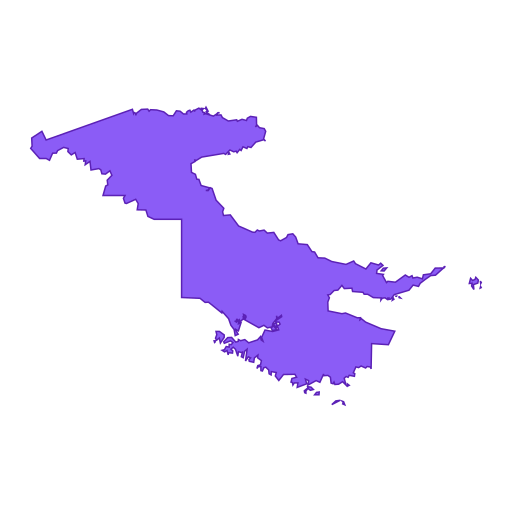 Alotau District, Milne Bay, Papua New Guinea
{"feature_id": "67681753B64121020462611", "entity_name": "Alotau District", "entity_type": "district", "adm_level": 2, "iso_a3": "PNG", "parent_name": "Papua New Guinea", "parent_adm1": "Milne Bay", "projection": "natural_earth1", "projection_center": [150.058, -10.179], "detail": "fine", "context": "isolated", "style": "filled", "palette": "violet", "viewbox_px": 512, "rotation_deg": 0, "n_neighbors": 0, "source": "geoboundaries", "source_scale": "gbopen_adm2", "svg_char_len": 6128}
<svg xmlns="http://www.w3.org/2000/svg" viewBox="0 0 512 512"><path d="M181.6,297.5L200.0,298.3L205.1,302.4L208.5,302.2L221.8,312.9L222.1,311.3L228.6,318.7L230.9,325.3L234.1,329.5L235.2,335.6L238.2,334.2L234.8,328.8L238.4,330.9L241.0,322.7L238.4,323.8L238.9,320.6L237.9,321.2L237.1,319.9L236.5,322.1L234.6,320.9L236.5,321.6L236.6,319.6L237.4,319.5L238.0,320.7L239.3,319.7L239.7,321.8L243.2,319.1L243.3,317.0L245.3,318.1L245.8,316.4L243.7,315.6L243.5,314.4L245.6,315.5L246.1,317.0L245.4,318.5L243.4,317.4L243.9,319.3L258.9,327.7L263.9,325.3L267.4,327.9L272.2,326.9L272.8,323.5L276.8,318.5L276.5,315.8L277.5,318.2L281.4,315.3L281.7,316.7L275.8,320.6L275.8,321.9L279.2,322.2L280.1,324.1L276.0,327.4L278.0,327.6L278.7,329.9L272.6,331.5L265.0,330.0L261.6,337.4L263.0,341.2L261.2,340.0L260.5,336.6L257.5,339.9L248.7,342.8L244.8,339.6L240.6,340.7L238.4,339.5L238.2,341.4L235.8,342.1L231.6,337.4L227.7,337.6L223.7,341.8L224.3,343.3L230.5,340.9L232.9,342.6L231.3,344.6L229.2,344.3L229.1,347.1L226.2,346.5L224.4,349.7L222.1,350.3L224.6,351.9L227.0,350.5L228.2,354.9L228.5,352.7L232.5,353.1L232.8,350.9L230.9,349.2L233.2,347.2L235.5,349.3L237.8,356.2L238.4,351.7L242.0,352.7L242.7,351.4L241.3,356.7L243.2,357.7L244.6,351.3L247.1,349.2L245.5,361.0L248.3,356.8L250.6,357.9L248.9,359.7L249.3,361.3L253.7,362.3L254.4,357.9L257.9,355.1L257.6,357.8L261.4,360.6L260.5,364.8L257.8,365.6L256.9,368.5L258.3,366.7L260.9,366.6L260.9,370.6L262.4,371.0L263.9,367.6L265.8,367.2L268.7,370.0L269.1,373.8L271.1,374.9L271.3,371.6L276.3,372.5L275.3,376.0L278.8,380.5L283.5,374.5L294.9,374.3L296.6,377.2L291.9,378.5L291.0,382.1L292.4,382.5L292.9,385.0L294.3,382.9L297.9,382.9L297.2,387.4L306.7,383.8L305.4,379.1L308.6,380.6L307.9,385.1L316.1,380.6L319.9,382.3L323.6,374.0L323.7,375.7L327.9,375.4L330.4,377.2L331.1,383.1L333.1,383.8L334.0,382.1L334.9,384.5L338.6,384.2L342.6,381.7L346.0,385.1L344.2,378.2L346.1,376.5L348.1,377.3L349.2,375.3L354.4,376.3L354.8,373.7L353.3,372.8L355.9,366.9L358.6,367.6L361.1,366.0L365.6,368.0L367.1,366.5L370.4,367.0L371.1,368.9L371.6,343.6L388.4,344.7L394.8,331.2L381.1,328.7L365.6,322.1L361.5,318.8L360.0,319.8L360.5,317.7L357.3,317.8L345.5,313.0L341.9,313.7L328.1,310.9L327.8,302.0L329.4,297.8L327.8,294.9L330.2,294.5L334.1,290.5L337.9,290.1L341.9,285.4L344.3,288.6L351.9,288.2L352.6,291.5L363.0,292.3L364.1,294.2L367.8,294.3L373.3,297.6L381.1,297.9L380.9,300.1L382.3,298.2L385.0,297.8L387.1,299.3L387.8,298.0L389.0,298.1L388.4,299.5L390.8,299.1L394.3,294.6L409.0,290.2L413.1,285.1L418.5,286.4L420.2,283.3L425.4,279.3L430.7,275.6L435.5,275.2L443.5,268.0L435.2,268.1L430.7,273.8L423.4,274.8L422.4,278.8L417.2,277.2L412.9,278.0L412.0,275.7L409.0,277.3L405.3,275.0L395.4,282.2L387.8,281.3L386.5,282.6L382.6,275.5L383.4,274.4L376.6,273.4L377.0,270.0L383.0,265.4L380.7,263.2L378.6,265.0L370.9,262.8L365.9,269.0L355.5,263.7L353.7,261.0L346.0,264.4L331.7,261.5L324.8,258.1L318.0,257.8L314.6,252.0L311.9,251.6L307.3,244.6L298.1,243.8L295.7,237.1L292.8,233.8L288.0,234.6L286.5,237.5L280.6,240.8L278.6,239.9L273.8,232.4L267.3,233.1L264.1,230.1L259.3,231.0L257.3,230.0L255.0,232.3L252.7,232.2L238.6,226.0L230.3,214.9L223.5,215.5L222.6,211.8L223.8,208.3L216.1,200.2L212.1,188.5L210.2,187.7L208.2,190.6L205.8,190.5L208.2,190.0L209.5,187.8L201.1,185.5L198.9,179.4L196.8,179.2L195.4,174.3L191.5,172.4L191.0,163.7L195.0,161.5L194.6,159.3L195.5,160.9L201.7,157.1L223.8,153.4L225.6,154.4L229.9,150.0L233.7,151.8L236.2,151.2L237.1,152.7L239.8,149.4L241.1,150.5L243.0,146.8L246.9,148.5L247.9,146.6L251.0,147.5L255.8,142.1L263.8,139.7L265.5,141.1L263.6,138.9L265.7,131.3L264.2,128.6L259.5,127.7L257.4,125.3L255.4,126.9L256.6,125.2L256.4,117.3L250.5,116.4L247.3,118.2L246.5,120.5L242.0,119.3L237.4,121.3L236.7,119.8L228.3,121.0L222.4,117.6L221.0,114.9L216.9,115.1L217.4,113.5L213.4,116.1L207.9,114.4L208.9,114.0L207.6,113.0L204.1,114.2L204.5,112.6L202.8,112.2L202.0,109.8L203.6,108.6L201.3,108.3L201.2,109.8L198.9,108.1L194.6,110.3L194.9,111.5L193.9,110.1L190.8,112.2L189.9,110.2L188.2,110.8L186.5,112.3L186.8,113.9L183.5,114.0L180.1,111.2L176.4,110.8L173.2,115.8L168.5,115.6L163.8,111.9L156.8,110.0L150.6,109.7L149.1,111.2L147.7,109.1L141.4,109.4L136.5,113.2L135.7,115.4L135.8,113.3L134.1,112.5L133.6,113.6L132.4,109.3L46.1,140.0L41.9,131.3L31.7,138.0L32.1,146.2L30.7,148.4L39.6,158.5L46.2,158.5L49.5,160.3L52.6,153.2L56.4,153.1L57.6,150.6L63.6,147.4L68.2,148.5L67.9,151.6L71.3,154.9L75.1,152.5L77.3,159.2L84.1,158.6L83.8,161.1L85.7,160.9L85.2,164.7L90.0,161.4L91.0,170.0L98.9,168.6L100.8,169.8L101.9,173.8L105.5,174.1L109.9,170.8L111.9,175.3L107.2,180.2L107.8,184.9L105.7,186.0L103.0,195.5L125.0,195.5L123.4,198.3L125.0,203.1L126.4,203.5L135.7,199.3L138.2,203.6L137.2,209.8L145.9,210.0L147.9,216.4L154.1,219.3L181.6,219.3L181.6,297.5ZM219.4,331.4L216.0,331.4L216.8,334.7L215.5,338.2L216.6,340.2L219.3,338.0L220.4,343.0L224.2,337.4L224.2,334.9L219.4,331.4ZM478.4,280.1L475.8,277.3L475.0,279.4L472.6,280.5L470.6,278.3L469.3,283.5L472.1,283.3L471.6,286.0L473.9,289.5L473.4,284.6L477.8,283.1L478.4,280.1ZM311.0,387.1L307.6,386.7L308.0,387.8L304.3,390.8L304.7,392.7L305.9,393.2L305.9,391.0L307.9,388.5L310.4,390.3L313.4,389.5L311.0,387.1ZM276.8,329.5L273.2,325.8L271.2,328.2L272.5,330.5L276.8,329.5ZM275.2,327.1L277.0,324.9L276.4,323.1L273.4,323.9L275.2,327.1ZM340.2,400.3L335.8,400.9L331.8,404.6L340.2,400.3ZM386.7,267.9L383.3,268.2L381.2,270.8L384.1,271.0L386.7,267.9ZM319.0,394.8L319.2,392.0L316.5,392.4L314.6,394.8L319.0,394.8ZM205.6,112.1L208.1,111.2L206.0,107.2L205.4,108.4L207.5,110.8L205.6,112.1ZM343.6,401.7L342.2,401.2L343.3,402.5L342.7,403.9L344.8,404.8L343.6,401.7ZM347.6,386.1L349.2,385.3L347.5,384.0L347.6,386.1ZM480.7,283.6L481.3,282.5L480.3,281.1L480.7,283.6ZM480.2,288.1L481.2,287.6L480.6,286.5L480.2,288.1ZM228.4,154.3L229.8,154.0L229.0,152.5L228.4,154.3ZM392.4,300.2L393.9,299.3L393.2,297.9L392.4,300.2ZM217.9,112.7L217.4,113.2L219.6,112.7L217.9,112.7ZM400.5,298.0L399.3,296.8L398.9,297.0L399.2,297.7L400.5,298.0ZM444.2,267.6L445.3,266.3L444.0,266.9L444.2,267.6ZM215.3,340.8L214.1,340.8L214.6,342.5L215.0,342.2L215.3,340.8ZM395.2,296.2L396.5,296.3L396.6,296.1L395.2,296.2Z" fill="#8b5cf6" stroke="#5b21b6" stroke-width="1.5"/></svg>